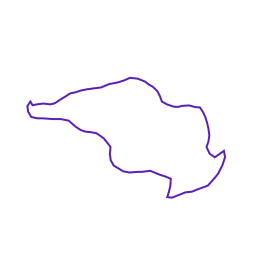 the district of Taquaral, São Paulo, Brazil, rotated 202°
{"feature_id": "56859067B97918331690262", "entity_name": "Taquaral", "entity_type": "district", "adm_level": 2, "iso_a3": "BRA", "parent_name": "Brazil", "parent_adm1": "São Paulo", "projection": "natural_earth1", "projection_center": [-48.393, -21.068], "detail": "fine", "context": "isolated", "style": "outline", "palette": "violet", "viewbox_px": 256, "rotation_deg": 202, "n_neighbors": 0, "source": "geoboundaries", "source_scale": "gbopen_adm2", "svg_char_len": 1119}
<svg xmlns="http://www.w3.org/2000/svg" viewBox="0 0 256 256"><g transform="rotate(202 128 128)"><path d="M30.5,142.7L36.5,133.4L42.6,134.7L48.0,139.7L48.4,145.7L49.8,151.6L52.9,157.1L56.2,161.9L60.4,167.1L64.6,171.0L69.0,174.0L73.3,172.6L79.8,171.8L85.9,168.9L89.4,166.4L93.5,164.9L100.6,164.5L106.5,165.2L110.3,169.5L114.5,173.1L120.4,175.5L124.9,176.1L129.6,177.4L137.4,177.4L144.9,175.3L149.6,170.5L154.6,166.4L162.0,161.6L168.2,155.5L174.8,151.8L180.7,148.4L185.9,145.0L189.9,141.5L194.5,138.5L197.1,134.8L201.6,128.7L205.4,123.2L209.0,120.8L215.8,118.9L221.3,115.8L225.0,113.3L228.4,116.0L229.5,110.6L226.7,105.7L221.9,102.0L216.1,102.9L210.1,105.2L201.1,108.1L193.7,111.1L185.8,112.6L180.7,110.8L176.2,109.4L171.1,108.4L166.4,108.6L161.0,110.2L155.1,111.3L146.7,109.4L137.1,103.9L135.0,96.8L131.8,91.5L127.1,87.8L121.4,86.9L116.5,86.0L109.9,87.3L102.5,91.0L98.6,92.6L91.4,96.6L80.4,96.6L75.9,97.0L69.3,97.0L67.1,90.4L66.2,84.4L65.7,78.6L61.1,79.9L56.4,84.4L50.6,89.9L44.9,92.9L39.8,97.8L32.4,104.5L28.9,114.1L27.3,119.5L26.5,128.9L27.1,137.3L30.5,142.7Z" fill="none" stroke="#5b21b6" stroke-width="2"/></g></svg>